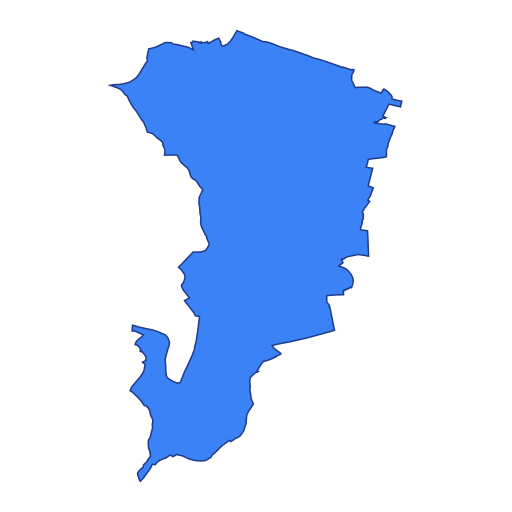 the district of Ludus, Mures, Romania
{"feature_id": "2599482B95815218754215", "entity_name": "Ludus", "entity_type": "district", "adm_level": 2, "iso_a3": "ROU", "parent_name": "Romania", "parent_adm1": "Mures", "projection": "equal_earth", "projection_center": [24.067, 46.481], "detail": "fine", "context": "isolated", "style": "filled", "palette": "blue", "viewbox_px": 512, "rotation_deg": 0, "n_neighbors": 0, "source": "geoboundaries", "source_scale": "gbopen_adm2", "svg_char_len": 5999}
<svg xmlns="http://www.w3.org/2000/svg" viewBox="0 0 512 512"><path d="M258.4,371.3L257.1,370.8L261.0,364.5L263.3,361.6L264.4,360.8L264.8,361.1L266.2,360.9L272.2,358.6L276.0,356.7L275.9,356.5L281.0,353.9L279.7,352.5L275.7,349.6L273.5,347.6L272.0,345.5L277.0,344.3L291.2,341.5L306.0,338.2L329.9,331.7L334.5,330.2L330.6,310.9L330.1,308.2L329.7,307.8L329.9,307.6L329.4,306.7L329.6,306.6L329.4,305.4L326.8,301.9L326.7,295.6L334.7,295.0L343.6,294.7L343.3,290.8L344.1,290.8L344.1,289.9L345.8,289.9L345.8,289.4L346.3,289.3L346.4,288.9L348.1,289.0L348.4,288.2L349.8,288.0L350.0,287.3L351.5,287.7L352.7,284.2L353.3,280.6L352.9,278.3L351.3,274.6L348.4,271.0L345.7,268.7L343.4,267.6L338.7,266.0L343.0,262.7L341.9,260.1L341.4,259.8L341.3,259.0L343.7,259.1L344.3,258.8L345.0,257.9L347.5,256.7L357.6,254.6L361.0,254.8L362.7,255.2L365.0,255.4L367.7,256.1L368.7,256.1L368.5,255.3L367.9,237.7L367.5,230.8L361.1,229.9L360.4,229.4L360.4,229.2L362.4,222.2L361.7,221.8L361.7,221.5L363.1,219.2L363.3,217.9L363.4,214.6L363.1,213.6L362.5,212.6L362.6,211.6L364.7,208.0L366.6,205.6L369.7,201.3L367.7,200.0L370.5,195.6L371.0,193.8L373.3,187.9L368.2,185.8L372.7,168.3L366.2,167.3L367.5,163.0L368.2,159.5L371.9,158.8L382.7,157.6L386.4,156.8L386.5,149.2L387.7,146.9L388.0,145.9L388.0,143.7L388.6,142.6L390.1,138.2L392.1,134.0L393.1,130.2L394.4,127.7L394.9,126.4L385.7,123.9L382.4,124.1L379.7,123.8L374.4,122.9L374.1,122.5L374.8,122.0L375.3,122.0L375.9,121.7L376.7,122.1L377.2,121.6L378.1,121.7L380.2,119.4L381.5,119.4L382.5,118.2L383.3,118.0L384.6,118.4L386.1,117.7L384.6,117.0L382.9,115.9L389.0,104.1L400.5,106.9L401.8,101.1L398.2,100.6L392.0,98.9L392.0,96.6L390.8,94.7L387.8,91.6L383.9,88.9L383.3,89.5L381.0,93.3L378.8,92.2L372.7,89.8L370.6,88.4L367.7,87.3L365.8,87.1L363.4,87.3L358.6,87.3L355.3,87.6L351.7,80.5L351.8,76.8L351.3,76.7L352.2,74.1L352.7,73.3L353.3,72.1L353.3,71.7L353.6,71.4L354.1,69.9L353.9,69.8L352.2,69.4L351.8,69.7L351.1,69.8L342.6,67.0L342.4,67.6L341.3,67.3L339.8,66.7L339.9,66.4L323.7,60.8L320.4,59.7L313.8,58.1L309.2,56.1L293.9,50.7L288.9,49.4L280.1,46.8L269.9,42.8L265.8,41.8L263.2,41.6L262.2,41.3L254.2,37.7L243.7,33.7L243.8,33.3L243.1,33.0L236.9,30.7L233.2,37.1L230.3,41.4L228.3,43.2L227.9,44.0L226.8,44.8L226.0,44.7L224.4,45.7L223.6,46.0L222.0,45.6L221.3,44.7L220.9,43.8L220.6,41.8L218.7,38.1L213.6,40.4L213.6,41.0L212.8,41.0L208.3,43.5L207.6,41.6L204.7,42.6L203.4,42.8L202.6,42.5L201.2,43.3L201.0,43.0L201.1,42.2L201.0,41.9L200.6,42.3L200.0,42.2L199.5,42.7L198.9,42.8L198.3,41.8L196.7,41.9L196.2,41.8L195.6,41.3L193.6,41.5L193.0,41.2L193.0,41.7L192.8,42.1L192.0,42.4L191.5,42.3L190.9,42.5L193.3,49.7L191.7,49.1L188.7,47.4L177.8,44.7L173.1,44.0L172.6,43.9L171.5,42.7L166.5,42.5L164.8,42.7L157.6,46.3L154.7,47.5L148.7,48.9L148.3,51.2L147.8,52.7L146.9,58.2L147.5,61.1L145.8,63.0L139.7,73.1L138.2,75.3L136.5,77.4L135.6,78.3L130.1,81.9L129.1,82.3L122.4,84.0L118.5,84.5L114.3,84.6L110.2,85.3L117.2,87.8L120.6,89.4L122.9,91.7L125.1,94.6L127.3,96.2L129.0,100.1L131.3,104.3L133.4,107.6L136.5,111.5L141.7,119.8L143.6,122.1L144.9,125.4L146.0,127.5L147.3,132.0L152.1,133.4L155.0,135.7L157.0,137.8L159.4,139.5L162.0,141.7L162.7,142.9L163.0,145.7L164.9,149.3L165.0,150.5L164.5,155.1L176.9,155.0L178.4,157.3L180.4,161.6L181.2,162.6L184.3,165.4L187.4,168.0L188.9,170.3L189.7,172.5L190.1,174.5L191.3,177.3L192.7,178.7L195.4,180.2L196.5,181.3L200.1,186.8L202.6,189.0L202.0,191.5L199.1,197.6L199.1,199.7L198.8,202.4L199.2,203.1L199.0,204.4L199.3,205.8L199.6,206.3L200.0,213.0L200.2,214.4L200.9,217.2L200.6,222.3L200.7,223.4L201.5,226.9L205.2,234.5L206.8,236.8L206.5,237.9L207.5,239.8L209.3,244.3L207.1,248.3L205.2,250.6L201.5,251.8L198.0,252.1L196.4,252.0L193.0,252.1L178.5,267.4L180.8,269.3L181.6,270.3L183.8,273.3L184.7,275.0L185.0,276.2L185.0,277.5L184.0,281.3L183.0,283.1L181.5,285.1L181.5,286.2L183.1,289.8L189.4,297.8L184.5,300.6L194.6,313.8L194.5,314.4L195.7,316.0L199.5,316.3L198.1,328.4L196.1,341.8L194.5,347.4L194.8,348.2L194.0,350.6L192.1,355.5L186.9,367.0L185.7,369.4L185.4,369.7L180.1,382.8L178.0,382.7L177.6,383.3L173.0,381.4L168.5,378.7L167.1,377.3L166.5,376.1L165.9,372.0L165.6,364.8L165.3,361.5L165.3,358.8L167.2,351.4L169.2,345.1L169.5,342.9L169.3,341.8L168.0,338.2L166.8,336.4L165.3,335.0L163.1,333.9L155.6,330.8L151.3,329.7L139.5,327.2L133.6,325.4L132.5,325.3L132.2,328.7L132.2,331.1L134.7,331.0L143.4,335.0L141.3,337.2L139.5,338.3L138.4,339.6L136.4,341.3L135.4,343.5L135.1,344.6L137.3,345.2L139.3,347.3L140.2,348.5L140.3,351.5L141.3,351.7L141.7,351.2L143.8,353.7L146.2,357.1L145.7,359.9L145.9,360.5L142.5,362.1L143.5,363.2L144.4,363.6L144.8,364.2L145.0,364.9L143.9,370.8L143.3,372.1L142.1,374.1L140.0,377.0L131.7,387.0L130.1,390.7L132.9,392.5L138.1,397.6L141.4,401.4L144.3,405.6L146.1,405.7L147.2,407.1L147.6,407.0L149.7,410.7L150.3,414.0L151.0,416.1L152.5,418.9L152.7,420.0L152.8,422.2L152.4,423.6L152.3,425.1L152.5,427.2L152.4,428.6L150.0,437.7L149.9,438.1L148.5,439.9L148.3,441.7L148.2,443.7L148.4,444.7L148.5,448.2L149.4,449.8L149.6,451.6L150.2,452.2L150.2,452.8L150.0,453.5L150.3,454.7L150.3,456.4L148.3,459.0L147.6,460.1L147.2,461.4L143.6,464.8L143.3,465.8L143.5,466.8L143.4,467.1L143.2,467.5L142.1,467.9L138.8,471.1L137.9,472.4L137.6,473.1L137.6,474.1L137.9,475.6L138.7,477.6L138.9,478.7L139.4,480.0L140.3,481.3L143.6,477.8L150.5,468.3L152.2,464.4L152.6,464.2L154.3,464.7L155.4,464.6L157.2,462.1L160.2,460.2L164.5,458.2L165.4,458.3L169.6,455.4L170.9,455.4L172.7,456.6L175.0,455.6L176.2,454.5L182.6,455.9L188.7,458.8L193.9,460.3L197.6,460.8L201.5,461.0L204.9,460.6L207.1,459.7L210.9,457.3L211.8,455.5L217.0,450.8L219.8,447.8L222.7,445.2L229.5,440.3L230.5,441.6L233.1,440.2L235.3,438.5L237.9,437.4L239.9,436.1L241.6,434.0L243.1,431.5L243.6,430.9L244.2,429.4L244.7,427.8L244.7,427.2L245.4,425.6L246.2,422.8L246.3,420.1L246.8,414.8L248.0,412.7L248.4,411.2L250.1,409.1L253.3,404.2L253.3,403.7L251.1,398.6L250.6,394.0L249.8,390.1L250.2,388.0L250.0,384.0L249.6,381.0L249.9,380.6L250.2,377.9L250.5,377.3L255.4,372.6L257.3,372.1L258.4,371.3Z" fill="#3b82f6" stroke="#1e3a8a" stroke-width="1.5"/></svg>